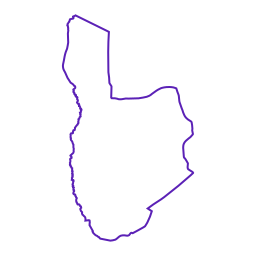 Si Somdet, Roi Et, Thailand
{"feature_id": "78962969B7638603864190", "entity_name": "Si Somdet", "entity_type": "district", "adm_level": 2, "iso_a3": "THA", "parent_name": "Thailand", "parent_adm1": "Roi Et", "projection": "mercator", "projection_center": [103.471, 16.03], "detail": "fine", "context": "isolated", "style": "outline", "palette": "violet", "viewbox_px": 256, "rotation_deg": 0, "n_neighbors": 0, "source": "geoboundaries", "source_scale": "gbopen_adm2", "svg_char_len": 5436}
<svg xmlns="http://www.w3.org/2000/svg" viewBox="0 0 256 256"><path d="M137.9,230.4L143.1,227.5L144.7,226.5L145.0,226.3L146.1,224.6L147.3,222.6L150.0,216.6L151.8,211.2L147.7,208.5L153.2,204.5L161.3,199.2L164.2,197.1L178.4,185.8L190.6,175.3L193.0,173.1L193.1,172.9L192.8,172.3L192.4,171.9L191.3,171.2L190.0,170.4L188.2,169.2L187.8,168.5L187.6,167.2L187.9,163.6L187.9,163.3L186.4,160.7L185.1,158.6L184.1,157.6L183.9,157.0L183.8,156.2L183.2,148.1L183.2,147.0L183.4,145.1L183.9,143.6L184.7,142.2L185.9,140.8L188.7,138.4L190.4,137.1L192.8,134.4L192.9,133.9L192.2,130.4L192.4,128.7L192.1,125.1L191.7,122.7L191.6,122.2L191.2,121.6L190.8,121.3L188.0,119.5L186.5,118.2L185.5,117.1L184.7,115.9L184.1,114.7L183.1,112.3L182.5,110.3L181.7,108.3L179.5,102.0L179.3,100.8L178.8,95.8L178.4,94.4L177.5,92.1L176.3,88.4L175.0,87.9L173.3,87.4L171.2,87.1L169.4,87.0L166.5,87.1L164.2,87.4L162.3,87.8L161.0,88.2L158.2,89.6L156.4,90.7L151.8,94.0L150.6,95.0L149.2,95.8L146.7,96.8L142.9,97.6L138.6,98.3L128.4,98.6L125.9,98.5L121.8,99.2L120.3,99.3L118.6,99.2L117.1,98.7L115.0,98.3L111.7,98.2L111.4,97.9L111.2,97.5L111.5,86.6L111.3,86.0L109.5,83.2L109.4,82.7L109.1,77.5L108.4,72.2L108.2,51.9L108.4,41.7L108.9,31.9L107.8,31.3L75.5,15.4L74.8,15.9L73.3,16.4L73.0,16.6L73.0,16.9L73.5,17.4L73.4,18.3L73.2,18.5L72.8,18.7L71.9,18.8L71.0,19.0L70.2,19.3L69.9,19.4L69.8,19.9L69.7,20.6L69.2,21.4L69.2,21.8L68.9,22.1L68.5,22.5L68.2,23.1L67.9,23.8L67.6,24.0L67.6,24.5L67.4,24.9L67.3,25.4L67.4,25.6L67.8,25.8L67.8,26.2L68.0,26.7L68.0,27.1L68.0,27.3L68.1,27.6L68.2,27.9L68.1,28.1L68.2,28.5L68.2,28.9L68.1,29.3L68.2,29.9L68.3,30.4L67.9,33.6L68.2,42.5L67.7,45.6L67.1,48.6L65.7,52.2L65.1,54.3L64.6,56.5L63.9,60.4L63.1,64.2L62.9,65.9L63.1,67.7L63.4,69.0L63.9,70.2L65.1,72.4L67.5,77.8L70.5,82.5L70.8,82.8L72.5,83.9L73.5,84.8L74.0,85.7L74.1,85.8L74.9,86.1L75.1,86.5L75.3,87.1L75.2,87.9L74.9,88.3L74.0,89.0L73.5,89.3L73.3,89.6L73.3,89.8L73.5,90.3L73.8,90.7L73.9,90.9L73.8,91.1L73.4,91.6L73.4,92.0L73.6,92.3L74.3,92.8L74.2,93.2L74.3,94.0L74.6,94.3L75.3,94.4L76.0,95.1L76.0,95.3L76.0,95.6L75.5,95.9L75.8,96.5L76.3,96.9L77.1,97.0L77.3,97.2L77.4,97.4L77.1,98.0L77.1,98.3L77.3,98.8L77.2,99.5L77.3,99.6L77.8,100.0L77.9,100.4L77.8,100.9L77.7,101.4L77.6,101.6L77.1,102.1L77.0,102.4L77.4,103.1L77.9,103.6L78.3,103.8L78.6,103.8L78.8,103.8L78.8,104.1L78.6,104.4L78.6,104.5L79.2,104.9L79.4,105.2L79.3,105.6L79.0,105.9L79.0,106.1L79.6,106.2L79.8,106.5L80.0,106.9L80.3,107.5L80.1,108.3L80.4,108.8L80.5,109.1L81.2,109.0L81.4,109.3L81.5,109.8L81.3,110.4L81.1,110.4L80.9,110.8L80.9,111.6L80.7,112.7L80.5,112.8L80.0,112.8L80.2,113.6L80.2,113.9L80.2,114.0L80.4,114.0L80.5,114.1L80.6,114.4L80.6,114.6L80.4,115.5L80.6,116.5L80.4,116.7L80.1,116.8L79.7,117.1L79.4,118.0L79.3,118.7L79.0,118.9L78.5,119.1L78.4,119.3L78.6,119.9L78.6,120.4L78.5,120.6L78.4,121.5L78.2,121.8L78.5,122.9L78.4,123.1L77.9,123.5L77.8,123.8L77.7,124.5L77.0,125.0L76.7,125.5L76.2,126.0L75.6,126.9L75.0,127.6L74.9,127.9L75.0,128.7L74.6,130.1L74.4,130.2L73.5,130.2L73.3,130.4L72.9,132.0L73.0,132.8L72.9,133.1L72.4,133.4L71.2,133.3L70.6,134.1L70.5,134.4L70.7,135.8L70.5,137.1L71.0,138.2L70.9,138.4L70.7,138.8L70.7,139.0L71.0,140.0L72.2,141.5L72.9,143.8L73.4,144.5L73.4,147.3L73.6,148.2L73.8,148.8L73.6,150.1L73.7,151.5L73.3,152.8L72.9,153.3L72.0,154.0L71.7,154.4L70.6,155.3L70.4,155.6L70.5,155.8L70.8,156.0L71.1,156.4L71.4,156.7L71.6,157.0L71.6,157.3L71.5,158.0L70.7,158.3L70.5,158.6L70.4,159.0L70.1,159.2L70.3,160.0L70.3,160.4L70.4,160.9L70.4,161.1L70.2,162.3L69.9,162.9L70.2,164.0L69.9,164.5L69.9,164.8L70.0,165.1L70.4,165.1L70.5,165.2L70.7,165.6L70.7,166.5L71.2,166.7L71.3,167.3L71.5,167.8L72.2,168.2L72.1,169.9L72.4,170.4L72.4,170.7L72.4,170.8L72.1,170.8L72.0,171.1L72.2,171.5L72.6,171.8L72.1,173.5L72.6,173.7L72.7,173.9L72.7,174.0L72.4,174.3L72.4,174.7L72.3,175.1L72.4,175.3L72.7,175.4L72.6,175.7L72.3,176.1L72.6,176.4L72.7,176.7L72.4,177.4L71.9,177.9L72.0,178.9L71.8,179.8L72.3,179.9L72.4,180.3L72.5,180.4L73.3,180.1L73.5,180.3L73.6,181.1L73.3,181.7L73.1,182.3L73.1,183.0L73.0,183.4L72.9,183.8L72.6,184.0L72.5,184.3L72.8,184.9L72.7,185.8L72.8,185.8L73.2,185.7L73.3,185.8L73.2,186.4L73.0,186.8L73.0,187.2L73.7,187.4L73.8,187.6L73.5,187.8L73.5,188.1L73.4,188.6L73.4,189.4L73.4,189.7L73.7,189.7L73.9,189.8L74.0,190.7L74.2,191.0L74.1,191.3L73.6,192.0L73.4,192.9L73.3,193.4L73.7,194.1L74.0,194.3L74.6,194.3L75.2,194.6L75.3,195.0L75.3,195.9L75.8,196.3L76.0,196.8L76.0,197.2L76.1,197.4L76.7,197.9L76.8,198.1L76.5,198.7L76.2,199.8L76.2,201.0L76.4,202.0L76.8,202.3L76.8,202.8L77.3,203.4L77.3,203.8L77.4,204.1L77.6,204.4L77.8,204.5L78.8,204.4L79.3,204.5L79.5,204.9L79.8,205.2L79.9,205.8L80.1,205.9L80.3,206.1L80.9,206.4L81.1,207.2L81.2,207.8L80.5,208.5L80.3,209.0L80.4,209.5L80.7,210.2L80.8,210.6L80.9,210.9L81.2,211.3L81.6,211.6L82.1,212.2L82.1,212.6L82.0,213.1L82.0,213.4L82.4,214.6L82.9,214.9L83.7,215.8L84.7,216.7L85.2,217.4L85.4,218.2L85.5,219.5L85.5,220.0L85.4,220.6L88.7,220.2L88.9,220.4L89.5,220.4L89.6,220.5L89.6,221.0L89.8,222.2L89.6,223.5L89.7,224.1L89.5,224.9L89.5,225.1L92.8,231.0L92.5,231.3L92.6,231.8L93.1,232.5L93.2,232.9L95.1,234.8L96.3,235.6L97.1,235.9L98.4,237.0L99.1,237.2L99.2,237.5L99.9,238.4L100.4,238.5L100.6,238.7L110.2,240.6L110.6,240.6L112.8,240.3L115.5,239.6L117.0,238.5L118.6,237.1L119.5,236.4L120.8,235.7L122.9,235.3L124.4,235.3L126.3,235.6L127.4,235.7L128.3,235.5L129.0,235.2L129.4,234.8L130.5,233.3L131.2,232.8L131.5,232.8L132.0,232.9L132.7,233.2L137.9,230.4Z" fill="none" stroke="#5b21b6" stroke-width="2"/></svg>